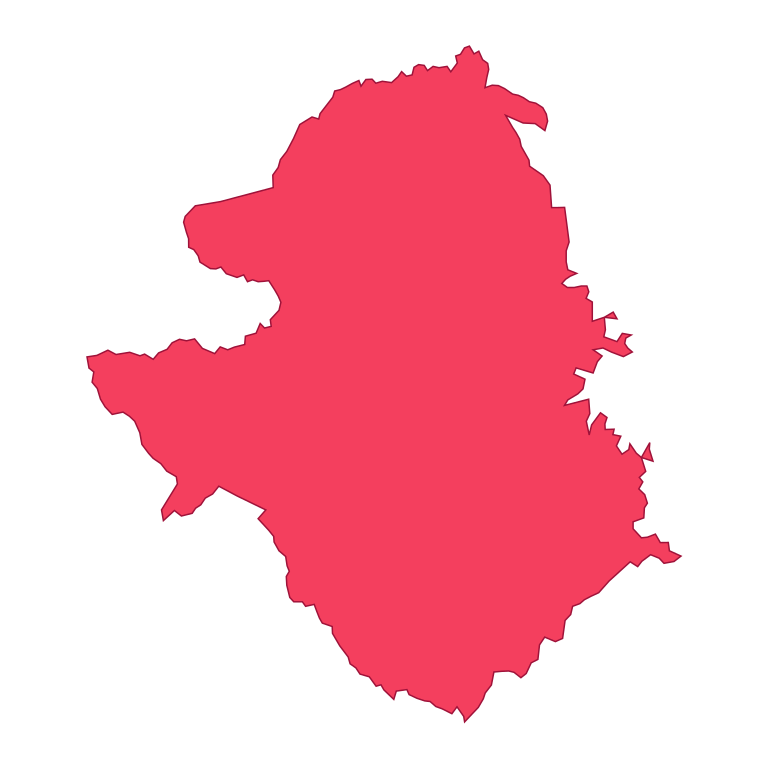 the district of Chapada, Rio Grande do Sul, Brazil
{"feature_id": "56859067B28093321381872", "entity_name": "Chapada", "entity_type": "district", "adm_level": 2, "iso_a3": "BRA", "parent_name": "Brazil", "parent_adm1": "Rio Grande do Sul", "projection": "mercator", "projection_center": [-53.106, -28.094], "detail": "fine", "context": "isolated", "style": "filled", "palette": "rose", "viewbox_px": 768, "rotation_deg": 0, "n_neighbors": 0, "source": "geoboundaries", "source_scale": "gbopen_adm2", "svg_char_len": 3842}
<svg xmlns="http://www.w3.org/2000/svg" viewBox="0 0 768 768"><path d="M641.4,457.5L636.3,453.2L629.9,443.8L628.8,449.6L622.0,454.2L616.4,445.9L620.8,436.2L612.9,434.6L614.1,429.2L605.2,429.5L604.9,423.9L607.0,417.5L600.5,412.8L591.6,424.9L589.2,435.0L586.3,421.2L589.8,413.6L588.7,399.2L564.5,405.4L567.8,399.9L577.9,393.8L583.0,388.9L585.0,379.2L573.7,374.0L576.1,367.9L593.1,373.0L597.3,361.8L602.1,356.0L593.1,349.8L603.0,348.0L611.5,352.1L623.4,356.6L632.3,352.0L627.7,348.0L624.7,343.5L625.8,338.1L631.2,335.0L622.3,333.4L617.0,341.6L603.8,336.8L605.4,329.8L604.3,317.3L592.3,321.3L592.3,302.0L586.1,298.4L588.8,291.8L586.9,286.0L581.3,286.0L574.2,287.5L567.4,287.5L561.8,283.5L565.7,279.2L570.2,276.2L576.7,273.4L567.8,269.8L566.2,261.9L566.2,250.8L569.1,242.0L564.6,207.4L557.3,207.6L551.6,207.6L550.0,185.1L543.3,175.7L529.6,166.2L529.0,160.2L521.2,146.4L519.7,139.2L515.9,132.4L512.6,127.5L505.6,115.3L523.1,123.0L535.2,123.6L544.9,130.6L547.6,121.1L546.3,114.1L542.8,107.7L535.8,103.2L529.3,101.7L523.4,97.7L518.3,95.3L512.6,94.1L504.6,88.6L498.4,85.6L492.2,85.2L485.0,87.7L486.8,77.6L488.7,69.4L487.7,63.4L482.6,59.7L478.8,51.2L474.0,53.9L469.4,46.1L464.5,47.9L460.5,54.3L455.7,56.0L457.3,63.0L450.8,71.8L447.1,66.4L439.0,67.7L433.1,66.4L427.5,70.6L424.2,65.4L418.6,64.6L414.0,67.3L412.1,74.9L406.4,76.2L401.6,71.6L398.1,76.7L391.6,82.6L382.3,81.3L375.8,83.2L372.1,79.2L365.9,79.5L361.0,86.2L358.9,80.5L352.4,83.4L345.7,87.1L340.5,89.6L334.7,91.0L332.8,97.2L320.1,113.6L318.7,119.0L312.0,117.0L299.8,124.5L293.5,138.6L286.8,151.4L280.4,159.6L278.2,167.5L272.8,175.1L273.2,187.6L238.2,196.9L220.5,201.6L195.3,205.8L185.2,216.4L183.6,222.2L186.5,232.5L188.6,238.7L188.7,247.3L193.8,249.6L198.2,255.8L200.0,262.1L210.4,268.6L215.9,268.9L220.9,267.0L226.3,273.7L237.0,277.4L243.7,274.9L247.5,281.7L252.6,279.8L258.1,281.7L263.7,281.3L268.8,280.7L274.7,289.9L278.2,296.0L280.9,302.3L279.0,310.3L270.3,319.7L271.2,326.4L264.5,328.0L260.2,323.5L256.1,333.2L245.4,336.2L244.7,344.5L234.4,347.1L227.7,349.8L220.2,346.9L214.7,353.6L202.4,348.4L194.6,338.9L186.5,340.8L179.5,339.3L172.1,342.8L167.1,349.3L158.6,352.9L153.2,359.3L144.6,354.1L140.0,355.8L129.7,352.3L116.0,354.5L107.9,350.2L96.9,355.4L87.0,356.9L89.0,368.1L93.8,371.9L92.1,382.2L97.3,388.5L100.5,399.2L105.1,406.8L112.2,414.4L123.0,412.1L129.5,416.3L134.7,421.2L139.8,432.7L141.9,444.4L148.6,453.3L153.2,458.4L160.8,463.6L166.8,471.2L176.3,476.7L177.4,484.0L161.5,509.9L163.4,520.6L174.4,510.5L181.4,516.0L192.2,513.3L195.6,508.2L200.8,504.8L205.3,498.1L212.6,494.0L218.8,486.2L237.0,495.9L265.8,509.9L258.1,518.7L268.6,530.1L273.7,536.4L274.1,542.0L279.0,550.8L285.7,556.5L287.1,565.8L289.3,571.3L286.3,576.5L286.8,585.3L289.8,597.5L293.8,601.8L302.4,601.8L305.6,606.3L314.2,604.4L316.8,611.4L319.4,618.0L322.3,623.1L332.2,626.5L332.5,633.4L339.8,645.9L348.2,657.0L350.1,663.8L355.9,667.9L360.0,674.1L369.3,676.8L376.1,686.2L381.0,684.8L383.9,689.9L393.8,699.4L396.3,691.1L406.9,689.6L409.1,694.6L417.0,698.3L424.8,700.9L430.1,701.5L435.8,706.5L442.1,708.8L451.9,713.7L457.0,706.8L463.7,716.4L464.6,721.9L469.4,716.8L478.3,707.4L483.3,698.8L485.2,693.0L491.4,685.0L493.9,672.0L501.6,671.3L508.7,671.0L514.0,672.3L520.9,677.7L526.2,673.5L531.2,662.8L537.9,659.4L539.5,644.9L544.7,637.1L555.4,641.6L562.6,638.4L565.1,620.4L570.7,614.5L572.6,606.3L579.9,603.6L584.4,599.7L591.1,596.2L598.7,592.7L609.1,581.0L630.2,561.8L637.7,566.6L641.9,561.2L650.6,554.7L659.2,558.2L664.0,563.3L674.0,561.5L681.0,556.1L669.4,550.8L668.3,542.5L660.3,542.6L655.4,534.1L647.4,537.2L641.4,537.8L633.1,528.8L633.1,521.8L643.8,517.9L644.4,507.8L647.4,503.2L644.7,494.6L638.8,488.9L642.8,481.9L639.3,477.4L645.7,471.4L641.4,457.5ZM641.4,457.5L653.0,461.2L649.3,449.2L649.8,442.6L641.4,457.5ZM604.3,317.3L617.0,318.8L613.2,312.1L604.3,317.3Z" fill="#f43f5e" stroke="#9f1239" stroke-width="1.5"/></svg>